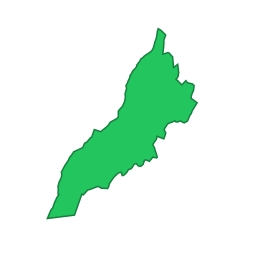 Barkin Ladi, Plateau, Nigeria, rotated 10°
{"feature_id": "59680162B6096372749080", "entity_name": "Barkin Ladi", "entity_type": "district", "adm_level": 2, "iso_a3": "NGA", "parent_name": "Nigeria", "parent_adm1": "Plateau", "projection": "equal_earth", "projection_center": [8.921, 9.534], "detail": "fine", "context": "isolated", "style": "filled", "palette": "green", "viewbox_px": 256, "rotation_deg": 10, "n_neighbors": 0, "source": "geoboundaries", "source_scale": "gbopen_adm2", "svg_char_len": 2183}
<svg xmlns="http://www.w3.org/2000/svg" viewBox="0 0 256 256"><g transform="rotate(10 128 128)"><path d="M64.3,231.1L90.4,223.1L94.0,201.3L95.6,201.6L99.1,196.1L101.8,194.8L108.4,190.8L111.2,191.3L111.8,191.9L118.4,191.2L119.2,189.0L119.3,186.1L122.5,179.1L126.3,173.9L129.1,172.8L130.5,175.8L130.8,175.7L131.6,175.6L132.6,174.6L134.5,172.0L135.8,168.7L137.9,167.8L139.0,166.2L140.4,162.5L142.3,161.6L144.6,163.5L146.7,163.7L147.2,163.5L149.2,161.2L149.8,156.9L151.4,156.3L154.8,157.1L157.6,152.4L161.4,152.5L161.9,151.6L160.4,148.6L158.3,144.8L157.6,143.0L155.5,140.3L155.4,140.2L155.4,139.6L158.0,134.0L157.9,131.1L165.2,132.5L166.1,126.5L163.8,123.0L166.2,117.4L166.3,117.3L166.7,116.7L173.2,112.8L174.1,113.7L176.0,113.4L178.2,112.0L182.4,113.2L184.1,111.9L185.4,110.8L186.8,104.6L187.8,102.8L188.2,100.1L189.3,97.3L191.7,91.1L185.0,87.8L184.9,87.7L184.8,85.3L185.3,82.2L186.0,79.6L185.8,75.5L185.7,74.6L183.8,73.5L183.8,73.4L178.6,73.1L176.8,71.3L173.6,76.1L173.4,76.1L168.6,72.7L166.9,71.9L168.4,68.6L168.3,64.6L168.2,64.4L165.9,56.7L162.4,60.5L159.5,50.0L159.1,49.8L155.3,46.9L154.3,46.8L149.4,49.2L149.1,43.1L149.0,42.0L148.5,37.2L148.0,35.0L149.0,30.4L148.8,29.7L143.7,26.2L140.5,24.9L140.1,27.7L140.2,29.1L140.3,31.9L140.3,34.0L139.9,36.9L139.5,39.0L139.5,40.4L139.1,44.0L138.7,46.1L137.7,48.3L136.2,49.8L134.7,51.3L133.1,52.8L131.6,54.3L131.1,55.0L130.4,56.2L130.1,56.5L129.1,57.2L128.6,58.0L128.2,59.4L127.7,60.8L126.7,62.3L126.2,63.7L125.8,64.4L125.7,64.5L125.8,65.9L124.8,68.1L123.8,69.5L123.3,70.3L122.8,71.0L121.9,73.9L120.9,76.0L121.0,78.2L120.5,79.6L120.0,81.7L119.6,83.9L118.6,86.7L119.7,89.1L119.2,94.8L119.2,95.2L120.0,97.5L120.1,102.6L120.0,102.8L118.8,107.6L116.4,111.3L115.5,113.1L116.6,118.9L114.9,121.1L113.7,122.0L109.5,125.4L108.0,128.9L106.5,130.9L101.8,136.3L95.1,135.4L95.1,135.5L93.8,143.3L92.7,144.2L89.7,149.3L87.9,150.5L86.8,155.2L78.5,161.0L78.2,162.2L75.5,167.4L74.7,170.6L72.4,175.7L70.0,183.2L70.8,184.7L70.9,186.3L70.9,188.3L70.0,191.8L69.5,193.3L69.2,198.2L69.7,198.9L70.4,203.8L70.5,205.2L71.5,205.8L70.1,208.7L69.1,212.3L68.7,213.8L67.9,218.7L67.8,219.5L66.3,222.4L64.3,231.1Z" fill="#22c55e" stroke="#15803d" stroke-width="1.5"/></g></svg>